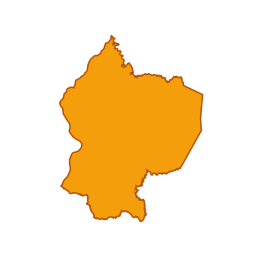 Cimitarra, Santander, Colombia, rotated 343°
{"feature_id": "7082276B77867476816808", "entity_name": "Cimitarra", "entity_type": "district", "adm_level": 2, "iso_a3": "COL", "parent_name": "Colombia", "parent_adm1": "Santander", "projection": "robinson", "projection_center": [-74.255, 6.422], "detail": "fine", "context": "isolated", "style": "filled", "palette": "amber", "viewbox_px": 256, "rotation_deg": 343, "n_neighbors": 0, "source": "geoboundaries", "source_scale": "gbopen_adm2", "svg_char_len": 5821}
<svg xmlns="http://www.w3.org/2000/svg" viewBox="0 0 256 256"><g transform="rotate(343 128 128)"><path d="M46.9,163.9L48.7,166.4L48.7,167.1L48.9,167.3L49.2,166.9L52.1,170.7L52.7,171.0L53.0,173.2L53.3,173.6L54.6,174.1L57.2,174.1L57.7,174.6L59.0,174.7L60.6,175.8L61.5,177.1L62.5,176.8L62.9,178.1L64.1,178.0L64.0,178.8L64.5,179.5L65.4,179.8L68.0,179.4L68.6,179.7L68.9,180.6L69.3,180.3L69.6,182.2L69.2,182.7L69.2,183.3L68.7,183.6L68.8,184.4L68.1,185.7L68.4,186.2L68.0,187.3L67.7,187.9L66.5,187.8L66.3,188.2L66.5,188.9L68.6,190.1L68.4,190.9L69.1,191.4L68.6,191.9L68.9,192.3L68.3,193.5L68.6,193.9L68.3,195.3L68.5,196.0L68.8,195.9L68.6,197.0L70.0,200.5L69.7,202.8L69.2,203.2L69.8,203.4L70.0,204.2L70.4,204.4L70.4,205.0L70.9,205.3L71.0,204.9L71.4,204.9L71.5,205.3L72.2,205.1L72.8,205.4L72.7,205.7L73.4,205.8L73.6,206.6L74.4,207.2L76.4,207.1L76.9,206.7L77.5,207.3L77.7,208.1L78.4,208.6L79.0,208.3L80.3,209.0L80.7,208.7L81.4,209.0L82.7,207.8L84.0,208.0L84.5,207.8L86.3,208.3L86.6,208.8L87.5,209.1L87.6,209.6L87.9,209.2L89.3,209.6L89.7,210.4L90.1,210.0L90.5,210.3L90.9,210.1L91.0,209.7L91.9,209.2L93.0,209.7L94.7,209.5L94.7,208.8L95.2,208.6L95.4,207.7L96.4,207.3L96.5,206.7L97.2,206.4L97.3,205.7L97.8,205.7L98.1,205.2L99.6,206.8L100.9,206.5L102.5,207.4L102.7,208.2L104.1,209.0L104.6,209.7L105.8,212.0L106.3,214.1L106.9,214.9L108.1,215.5L109.4,214.6L110.2,215.3L110.1,215.6L110.9,215.8L110.8,216.3L111.6,216.8L112.3,220.5L113.0,221.0L114.3,221.0L116.3,219.8L118.0,217.1L118.7,216.6L119.0,216.6L119.0,216.9L119.7,216.6L119.8,216.1L119.4,216.0L119.2,215.3L119.9,215.2L119.4,214.8L119.9,214.1L119.4,213.7L119.8,213.0L119.7,212.5L120.5,212.3L120.5,211.2L120.0,210.3L120.4,210.2L120.1,209.8L120.1,209.4L120.6,209.4L120.6,208.6L121.2,208.3L121.4,207.6L121.2,206.6L121.6,206.4L121.3,205.9L121.9,204.7L121.8,203.5L122.2,202.7L121.6,202.2L122.0,201.8L121.9,201.4L121.3,201.3L121.5,200.9L120.9,201.0L120.9,200.4L120.7,201.0L119.6,200.6L119.2,200.9L118.6,200.1L119.1,200.0L118.9,199.5L118.4,199.5L118.6,199.2L118.4,198.8L117.9,199.4L117.9,198.3L117.4,198.2L117.2,197.3L116.8,197.1L116.7,196.0L116.0,196.3L116.0,195.5L116.3,195.3L115.7,194.7L116.1,194.0L115.9,193.1L116.4,192.9L116.1,192.2L116.5,192.5L117.0,191.8L117.7,191.9L117.8,191.4L118.5,191.3L118.9,191.0L118.7,190.6L119.5,190.4L117.6,189.2L117.7,188.8L117.3,188.6L118.3,188.2L118.0,187.7L118.9,185.6L119.6,186.8L120.5,187.1L120.9,186.7L122.4,187.1L122.9,186.6L123.2,187.0L123.5,186.4L124.0,187.1L124.8,187.1L125.0,186.3L124.8,184.8L125.1,184.1L125.6,184.6L126.0,184.0L126.8,184.0L126.8,183.0L126.3,182.6L126.4,182.2L126.9,182.4L126.7,181.8L127.3,182.2L127.3,181.0L127.7,181.9L127.9,180.9L128.2,181.3L129.1,180.8L129.7,179.6L130.2,180.0L130.0,178.9L130.6,177.7L130.6,178.7L131.0,178.1L131.7,178.4L131.9,178.1L131.8,177.5L132.5,176.6L133.6,176.1L133.8,173.9L135.1,175.7L136.4,176.6L136.4,179.1L136.8,179.7L137.6,180.0L138.7,178.8L139.9,178.8L140.4,179.0L141.4,181.1L142.3,181.5L142.4,180.9L143.0,180.4L144.2,180.4L144.8,180.9L145.4,180.6L146.2,181.0L146.4,181.5L146.9,181.3L147.1,181.6L147.7,181.5L147.7,181.9L149.3,181.6L149.3,182.0L150.1,182.0L151.5,183.2L152.0,182.4L154.0,182.4L154.8,182.0L155.0,181.5L156.1,182.3L157.2,182.3L158.0,181.8L158.6,182.1L158.7,181.8L161.0,182.3L162.0,181.4L162.8,182.1L163.2,181.5L163.5,181.6L163.7,182.3L165.4,181.3L166.3,181.8L167.4,180.3L167.9,180.2L197.3,151.9L200.3,139.6L209.1,117.9L193.6,103.7L193.5,102.7L194.0,101.8L194.1,100.7L193.6,99.7L193.5,98.4L193.8,97.6L193.6,96.8L194.0,96.2L193.5,94.7L192.1,95.0L192.1,94.7L190.5,94.2L189.7,92.9L189.2,92.9L188.8,93.5L188.4,93.4L188.4,92.9L187.6,92.8L186.9,92.2L186.1,93.2L185.1,93.4L184.6,94.2L182.8,94.2L182.9,94.6L181.8,94.6L181.8,94.9L181.0,95.9L180.3,95.9L180.5,95.5L180.0,95.3L179.8,96.0L179.5,96.0L179.5,95.5L178.9,95.2L178.9,94.9L178.7,95.0L178.7,94.6L178.0,94.0L178.0,92.6L178.3,92.2L178.1,91.4L177.7,91.3L177.9,90.9L177.1,90.8L176.6,90.2L175.9,90.5L175.4,90.3L175.0,89.2L175.4,89.2L175.5,88.9L174.8,88.1L174.9,87.6L174.2,87.5L173.7,87.9L173.6,87.3L172.4,86.7L171.4,87.0L171.4,86.6L171.0,87.0L170.5,85.9L168.4,84.5L167.1,84.9L165.1,83.7L164.3,82.6L163.7,82.7L163.3,82.2L163.1,82.5L160.6,82.1L160.6,81.4L160.2,81.2L158.3,81.8L157.4,81.4L156.9,82.1L155.9,82.1L155.5,81.5L154.8,82.0L153.5,81.0L153.0,81.3L153.0,80.7L152.2,80.6L151.5,81.3L151.4,81.9L150.9,81.3L150.8,81.6L150.5,81.1L150.3,81.6L149.9,81.6L148.6,77.8L147.8,77.4L146.6,77.5L146.1,77.0L146.8,76.0L148.9,76.6L149.4,76.2L149.2,73.4L149.7,71.9L149.2,70.8L149.2,69.1L148.2,67.5L148.4,66.4L147.0,66.1L144.6,68.0L142.8,67.0L142.7,68.8L140.8,68.1L140.1,66.9L140.2,66.4L140.8,65.8L142.4,66.7L142.9,66.3L142.5,64.4L143.8,62.8L144.1,61.8L142.6,59.6L142.4,58.6L142.8,58.0L144.0,57.8L144.2,57.1L142.2,56.0L141.6,55.3L141.9,54.3L143.5,53.4L143.4,52.3L142.6,51.7L141.1,51.7L140.7,51.2L141.2,49.6L140.9,48.9L139.1,48.7L138.5,48.3L139.3,46.5L140.1,45.6L141.1,45.4L142.7,45.9L143.7,45.4L143.4,44.6L142.2,44.2L141.0,42.9L139.7,43.2L138.5,44.3L138.0,44.0L137.9,42.9L139.8,41.9L139.7,39.4L140.6,38.8L141.4,38.7L141.5,38.3L141.2,38.0L139.9,37.7L140.0,36.2L139.1,35.0L138.0,36.3L137.8,37.9L133.7,40.7L131.5,40.3L128.0,45.3L125.1,46.6L123.5,48.6L119.9,49.8L118.1,49.2L116.4,49.4L114.0,50.5L111.1,52.4L108.2,55.9L106.4,59.8L105.2,61.7L102.7,62.9L101.4,64.3L100.5,64.7L98.7,65.0L96.7,66.2L92.3,67.1L91.1,68.6L90.4,70.4L88.1,73.6L85.8,72.4L82.1,72.5L81.4,72.8L79.5,75.4L76.9,76.8L74.9,80.5L72.2,82.0L70.4,83.6L69.9,84.9L70.0,86.1L70.2,87.7L71.3,90.0L70.5,94.0L70.4,96.4L71.0,97.9L71.5,100.9L73.2,106.0L73.4,107.5L73.0,110.1L70.9,113.8L70.9,115.2L72.0,117.7L72.7,120.2L74.7,123.0L78.0,126.2L79.2,129.1L79.0,130.6L78.2,132.2L77.0,133.6L74.2,135.4L71.2,135.7L68.3,135.5L66.6,136.5L62.7,141.4L62.4,143.4L61.6,145.2L61.2,149.5L60.3,151.7L56.6,156.1L55.2,157.3L52.4,158.6L49.5,161.3L48.7,162.9L46.9,163.9Z" fill="#f59e0b" stroke="#b45309" stroke-width="1.5"/></g></svg>